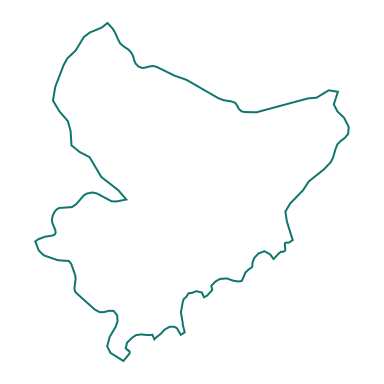 Alpes-Maritimes, Equal Earth projection
{"feature_id": "FRA-5266", "entity_name": "Alpes-Maritimes", "entity_type": "Metropolitan department", "adm_level": 1, "iso_a3": "FRA", "parent_name": "France", "parent_adm1": "", "projection": "equal_earth", "projection_center": [7.102, 43.917], "detail": "fine", "context": "isolated", "style": "outline", "palette": "teal", "viewbox_px": 384, "rotation_deg": 0, "n_neighbors": 0, "source": "natural_earth", "source_scale": "10m", "svg_char_len": 2140}
<svg xmlns="http://www.w3.org/2000/svg" viewBox="0 0 384 384"><path d="M347.6,124.7L348.7,127.1L348.2,133.8L344.9,137.9L340.6,141.0L337.4,144.4L335.5,149.1L333.0,157.8L330.7,162.2L324.1,169.2L308.8,181.4L302.9,190.4L290.0,203.7L285.4,211.7L286.9,221.5L292.7,240.1L288.8,242.7L287.5,242.7L286.3,242.6L285.0,243.1L284.8,244.5L285.3,249.4L285.0,250.8L282.7,251.9L281.0,251.7L278.5,253.7L276.0,256.5L273.5,259.0L270.1,254.3L264.4,251.2L258.6,253.4L254.2,258.0L252.6,262.6L252.2,267.0L248.4,269.7L245.2,272.8L243.9,276.4L241.7,281.0L238.3,281.5L232.9,280.6L226.7,278.4L219.9,279.0L215.3,281.6L211.3,285.8L212.3,289.9L207.0,295.7L204.0,297.3L201.9,292.5L196.2,291.2L192.3,292.8L188.5,293.3L186.3,296.9L184.0,298.6L182.9,301.4L180.9,312.3L182.7,322.8L182.8,324.8L183.9,329.1L184.7,332.4L180.7,334.8L177.0,328.3L174.4,326.8L169.7,326.7L164.5,329.7L160.6,334.0L156.7,337.0L154.4,339.3L152.4,334.8L147.6,335.1L141.5,334.4L136.1,335.1L132.0,337.8L127.0,342.8L125.7,348.5L128.3,350.3L128.1,350.5L129.6,351.5L129.7,353.3L123.4,361.0L110.5,352.9L107.2,346.4L109.7,336.9L115.6,326.9L117.6,321.0L117.1,315.2L113.6,310.9L109.0,310.8L104.0,312.1L99.6,312.1L94.7,309.5L76.5,293.2L75.1,291.5L74.4,288.6L75.6,279.3L75.2,275.2L71.2,263.8L68.8,261.0L57.8,260.2L43.9,255.4L38.7,250.4L35.3,241.4L38.4,239.2L45.1,236.7L52.7,235.5L54.5,234.7L55.6,232.8L55.3,230.0L52.4,223.1L51.9,219.6L52.7,215.8L54.2,212.4L56.4,209.6L59.1,208.0L72.0,207.1L76.4,204.0L83.8,195.4L86.8,193.6L92.4,192.5L97.0,193.5L111.6,201.3L116.3,201.5L126.3,199.5L118.3,190.2L101.3,177.0L89.6,157.2L79.5,151.9L71.5,145.4L70.6,131.2L67.9,121.2L59.6,111.6L53.0,100.7L55.2,87.0L63.7,64.9L67.4,58.3L75.6,50.6L83.9,37.0L89.8,32.5L101.7,27.6L107.5,23.0L112.7,28.7L115.0,32.5L118.5,40.3L120.1,43.2L122.8,45.8L128.7,49.8L131.4,52.8L133.3,56.6L134.2,60.2L135.6,63.5L138.4,66.5L142.3,68.0L145.8,67.5L149.4,66.4L153.4,66.0L157.1,67.1L174.6,75.7L186.4,79.8L218.0,98.0L223.6,100.2L231.3,101.4L235.2,102.8L237.2,105.6L238.8,108.9L241.6,111.4L244.5,112.0L256.4,112.3L308.0,98.4L316.5,97.7L328.7,90.3L337.9,91.8L333.8,104.4L337.5,111.5L344.0,117.7L347.6,124.7Z" fill="none" stroke="#0f766e" stroke-width="2"/></svg>